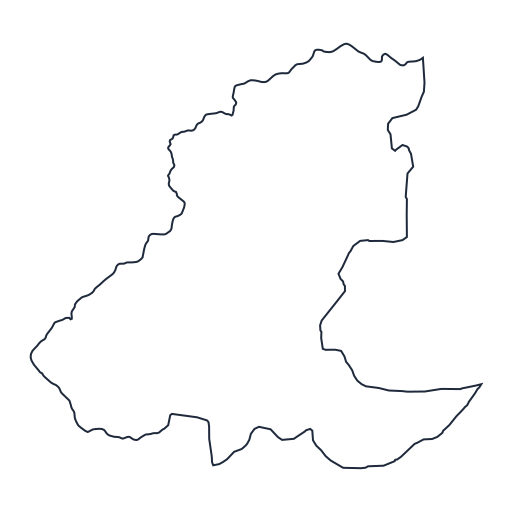 outline of San Juan Sacatepéquez, Guatemala
{"feature_id": "79465075B9598749560130", "entity_name": "San Juan Sacatepéquez", "entity_type": "district", "adm_level": 2, "iso_a3": "GTM", "parent_name": "Guatemala", "parent_adm1": "", "projection": "orthographic", "projection_center": [-90.67, 14.779], "detail": "fine", "context": "isolated", "style": "outline", "palette": "slate", "viewbox_px": 512, "rotation_deg": 0, "n_neighbors": 0, "source": "geoboundaries", "source_scale": "gbopen_adm2", "svg_char_len": 5935}
<svg xmlns="http://www.w3.org/2000/svg" viewBox="0 0 512 512"><path d="M30.8,355.2L30.7,357.5L31.0,358.8L31.6,360.7L33.7,364.3L34.4,365.3L39.0,370.8L39.5,371.7L40.5,372.5L42.1,373.4L43.6,375.8L44.3,376.6L50.7,382.3L53.1,383.8L55.9,385.0L57.4,386.2L58.2,386.9L59.5,388.6L59.9,389.7L61.0,392.2L61.6,393.0L63.1,394.5L68.7,399.9L69.5,400.8L71.0,405.6L71.3,407.1L72.0,408.7L72.5,409.6L73.3,410.5L74.3,412.6L74.5,414.5L74.7,416.6L74.9,418.2L76.1,421.4L77.9,424.8L78.9,426.0L81.0,427.7L85.3,430.9L87.7,432.0L88.9,431.5L90.7,430.5L92.1,429.8L93.1,429.4L94.2,429.2L96.0,429.0L99.0,428.8L101.1,428.9L102.2,429.1L103.8,429.8L104.8,430.7L106.5,433.2L107.7,434.4L109.1,435.3L110.2,435.7L114.2,436.8L117.7,437.0L119.1,437.2L121.6,438.3L122.7,438.6L123.9,438.3L127.2,437.0L129.0,436.8L130.1,437.2L132.8,439.1L134.0,439.6L135.4,439.9L136.8,440.0L138.4,439.3L140.5,437.6L142.2,436.5L145.3,434.7L146.5,434.4L148.4,434.3L150.7,434.0L152.1,433.5L153.6,433.2L154.7,433.1L157.5,433.1L158.6,432.7L159.5,432.2L160.3,431.4L162.3,429.8L163.2,429.2L164.3,428.7L168.2,425.2L170.2,415.3L171.9,413.9L197.1,417.3L207.0,420.4L208.5,422.1L209.1,426.6L209.2,438.9L211.7,456.0L212.1,462.3L213.2,465.3L219.2,464.1L223.0,462.0L227.1,459.2L234.1,451.8L241.7,449.0L245.5,445.7L247.2,443.7L249.3,439.8L250.9,433.8L254.5,428.9L259.0,426.8L270.6,429.3L277.9,437.1L282.1,439.9L293.9,438.8L297.4,436.4L304.8,431.5L306.0,430.3L310.2,428.9L312.3,430.7L313.0,440.3L316.3,445.7L321.0,450.1L325.7,456.2L330.7,460.5L343.1,467.8L361.1,468.2L365.6,467.7L368.0,466.3L383.6,465.7L394.6,461.2L395.1,459.9L397.3,459.4L401.0,456.8L414.6,443.9L417.4,442.7L423.6,439.4L432.1,439.0L437.3,436.9L442.4,432.8L443.1,430.8L449.3,425.1L456.6,416.0L460.0,412.6L463.7,408.6L465.1,406.9L467.2,405.2L468.9,401.8L474.8,393.6L477.5,389.1L479.3,387.4L481.3,384.2L475.7,385.6L461.5,388.5L460.6,389.1L441.3,388.9L424.9,391.5L407.3,391.7L402.3,391.1L388.8,390.5L378.8,388.0L365.9,386.3L361.5,384.1L357.3,380.6L354.1,375.7L352.2,370.3L348.6,364.8L346.1,361.8L344.5,356.5L341.1,350.9L335.1,349.7L325.5,349.8L322.8,348.8L321.2,338.2L321.4,331.9L320.4,330.4L320.1,325.3L321.7,320.5L337.7,300.4L345.0,291.1L344.9,285.9L343.6,284.2L343.1,281.5L340.5,278.8L338.5,273.7L342.5,267.0L348.1,255.0L348.9,253.1L350.6,251.0L353.3,246.0L360.1,240.9L368.0,240.1L369.3,241.0L382.3,240.9L393.4,242.0L402.5,240.1L406.9,237.0L406.7,214.8L406.9,199.1L405.7,196.8L407.5,173.5L413.2,166.7L411.0,153.8L409.0,150.1L408.7,148.3L407.2,146.6L402.5,145.0L396.2,149.6L395.1,150.8L391.9,148.4L390.5,134.3L387.8,130.0L388.1,123.7L392.4,118.1L406.6,114.7L416.0,109.8L418.2,106.4L421.7,96.6L423.9,91.7L424.5,82.6L422.9,57.8L421.0,59.2L419.3,60.1L416.2,61.1L414.0,61.4L409.0,61.7L407.2,62.2L405.3,64.4L403.8,65.3L402.4,65.3L401.2,65.2L399.9,64.7L395.2,60.8L391.2,58.0L387.7,55.1L386.6,54.3L385.1,53.8L383.8,54.4L382.8,55.3L382.0,56.5L381.9,57.9L382.0,59.1L381.6,60.9L380.8,61.7L379.1,62.0L377.4,61.9L375.9,61.7L372.8,61.1L371.1,60.3L369.9,59.3L366.1,55.4L364.2,53.9L362.7,53.2L361.7,52.9L359.1,51.8L358.2,51.3L351.6,46.1L349.4,44.7L347.1,43.8L345.5,43.8L343.9,44.3L342.6,45.0L340.2,46.4L337.1,48.7L333.6,51.0L331.6,51.8L329.5,52.1L328.5,52.1L326.0,51.9L324.4,51.6L323.4,51.3L322.1,50.3L319.3,49.8L317.9,49.7L316.4,49.8L314.9,50.5L314.1,52.0L313.1,55.2L312.5,56.6L309.9,59.9L308.7,61.1L307.5,61.9L305.9,62.7L302.8,63.7L297.4,64.2L295.8,64.9L294.7,65.9L293.5,67.2L292.0,68.6L291.0,69.8L289.4,72.0L288.6,72.8L287.4,73.2L286.2,73.3L281.9,73.2L279.1,73.5L276.5,74.1L275.2,74.7L273.2,76.0L268.0,80.7L266.3,81.7L264.9,82.0L263.5,82.1L261.6,82.0L257.9,81.0L254.6,80.4L251.0,80.2L249.4,80.7L248.2,81.2L244.8,83.3L243.8,83.7L240.6,84.3L236.7,85.3L235.2,86.1L234.6,87.3L234.2,89.0L233.6,92.8L232.8,96.2L232.8,97.7L235.2,100.7L236.0,102.0L236.2,103.1L235.6,104.7L234.4,105.8L233.8,107.0L233.6,110.6L232.5,114.8L231.6,115.5L230.2,114.8L228.6,114.2L226.6,114.1L225.2,113.7L223.5,112.8L222.6,112.2L220.7,111.7L218.7,112.2L217.2,112.9L215.5,113.3L209.3,114.0L207.5,114.3L205.9,114.7L204.4,116.6L203.2,119.6L202.7,120.6L201.9,121.5L200.6,122.5L199.3,123.0L197.9,123.7L196.9,124.7L196.3,125.8L195.4,128.0L194.4,129.3L193.5,130.1L192.4,130.5L191.0,130.7L188.1,130.4L186.9,130.7L185.9,131.2L184.0,131.7L181.3,132.0L177.7,134.3L176.4,134.6L175.0,134.6L173.7,135.2L173.3,136.5L173.1,137.5L172.5,138.6L170.0,140.2L169.7,141.6L170.6,144.1L169.8,145.5L168.5,146.8L168.1,148.3L169.1,149.9L170.1,150.8L170.8,151.9L171.5,153.6L172.0,156.8L172.9,159.4L173.1,160.8L173.2,162.7L174.4,165.2L173.9,167.1L171.8,169.0L170.7,170.5L170.0,172.1L169.5,173.6L168.5,174.9L168.0,175.8L168.8,177.3L169.3,179.1L169.4,180.6L169.2,181.7L168.8,183.2L168.8,184.2L169.0,185.5L170.2,187.2L173.1,190.6L174.9,191.6L175.9,191.8L176.9,194.0L176.9,195.5L178.3,197.2L183.5,201.3L184.5,202.5L184.7,203.7L184.6,205.1L184.1,207.4L182.1,212.5L181.4,213.9L180.1,214.8L177.9,216.0L176.1,216.5L174.8,217.0L173.7,218.2L173.0,220.0L172.2,223.2L171.8,225.8L171.6,228.0L171.0,229.7L170.1,231.0L166.6,233.5L165.7,234.0L164.7,234.4L160.8,234.4L154.4,233.9L152.6,233.9L151.6,234.1L150.2,234.8L149.2,235.8L148.6,236.9L148.1,240.5L147.5,241.5L146.3,243.1L145.7,244.1L145.1,245.6L144.2,249.0L143.8,250.9L143.2,254.1L142.6,257.3L141.6,258.5L140.7,259.4L138.2,261.3L136.5,261.9L133.5,262.3L130.9,262.4L127.3,262.4L125.9,262.8L124.3,263.6L119.4,263.8L118.0,264.6L116.8,265.9L116.3,266.9L115.5,269.6L114.8,271.0L114.4,271.9L113.4,273.3L112.0,274.6L106.2,278.9L103.4,281.3L100.1,284.4L96.6,287.2L95.4,288.3L94.6,289.2L93.9,290.6L93.0,291.9L92.1,292.8L89.5,294.5L88.4,295.1L86.5,295.8L82.9,296.9L81.8,297.4L77.7,300.8L76.7,301.9L75.1,304.2L74.6,307.2L71.9,311.3L71.4,313.6L71.8,316.7L71.8,318.8L70.5,319.3L69.4,317.9L66.8,317.9L65.4,318.1L63.3,319.4L61.8,320.1L60.2,320.5L55.4,322.2L54.5,322.9L53.5,324.6L52.1,327.4L51.5,328.3L47.1,334.0L46.1,335.8L45.9,337.0L44.9,338.8L43.8,339.7L42.5,340.4L41.0,341.4L39.2,343.2L37.2,345.8L34.2,348.9L32.4,351.0L31.1,353.7L30.8,355.2Z" fill="none" stroke="#1e293b" stroke-width="2"/></svg>